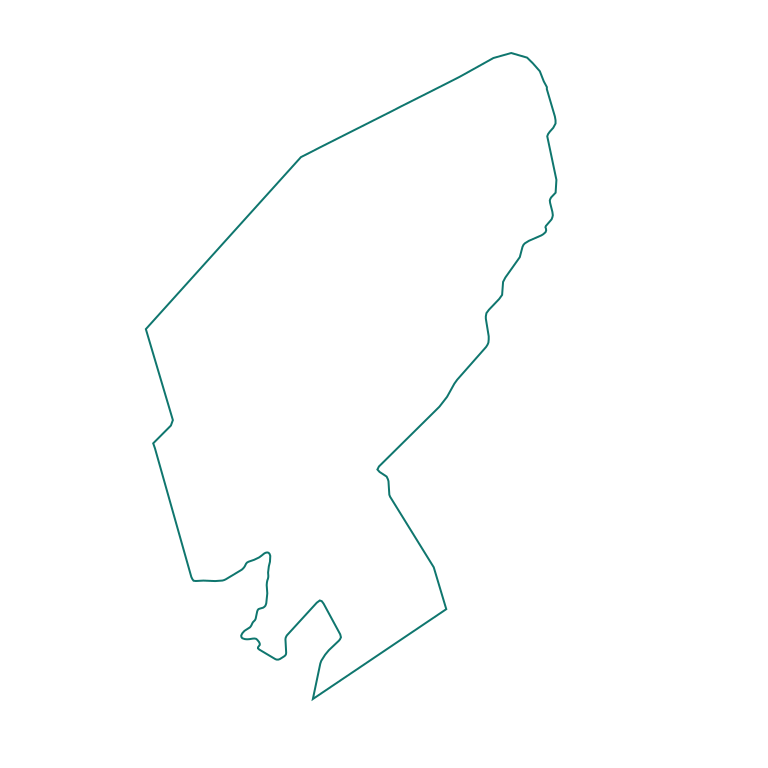 Lac, Natural Earth projection, rotated 74°
{"feature_id": "TCD-1466", "entity_name": "Lac", "entity_type": "Prefecture", "adm_level": 1, "iso_a3": "TCD", "parent_name": "Chad", "parent_adm1": "", "projection": "natural_earth1", "projection_center": [14.654, 13.759], "detail": "fine", "context": "isolated", "style": "outline", "palette": "teal", "viewbox_px": 768, "rotation_deg": 74, "n_neighbors": 0, "source": "natural_earth", "source_scale": "10m", "svg_char_len": 2409}
<svg xmlns="http://www.w3.org/2000/svg" viewBox="0 0 768 768"><g transform="rotate(74 384 384)"><path d="M265.6,597.8L204.3,499.6L143.0,401.3L141.1,391.3L139.1,381.3L137.2,371.3L135.3,361.3L133.4,351.3L131.5,341.3L129.6,331.2L127.7,321.3L125.8,311.2L123.9,301.2L121.9,291.3L120.0,281.2L118.1,271.2L116.2,261.2L114.3,251.2L112.4,241.2L109.6,226.8L105.9,210.8L100.8,189.0L100.9,170.5L109.7,156.5L116.6,152.6L126.3,148.0L137.1,147.0L143.5,145.6L145.4,146.2L173.9,146.0L177.7,146.4L180.9,147.3L184.4,150.7L187.1,155.0L189.0,157.4L190.9,158.8L235.3,162.0L247.4,166.3L250.7,171.9L251.8,173.0L253.2,174.0L255.6,174.4L265.0,174.7L268.3,175.2L270.0,176.1L271.9,177.5L276.7,184.8L277.8,185.6L279.4,185.5L281.1,185.8L282.6,186.9L283.9,189.6L284.5,191.7L286.3,205.2L287.6,209.8L288.6,211.5L290.4,213.1L299.5,218.5L315.1,238.0L318.7,241.4L330.9,245.9L334.0,249.8L341.5,262.6L344.1,266.0L347.1,267.5L349.3,268.1L367.0,270.2L370.1,271.1L372.9,272.2L374.6,273.5L376.5,275.6L400.0,312.4L403.1,316.3L413.7,326.9L421.1,337.0L461.9,411.6L464.4,413.9L467.3,412.5L473.7,407.0L476.7,406.5L478.7,406.5L491.9,409.4L494.1,409.2L573.9,386.7L617.6,386.2L667.2,539.2L635.2,522.3L632.8,520.6L628.0,515.2L624.7,510.4L618.3,498.1L617.3,496.7L615.6,495.2L612.6,495.1L578.5,502.6L575.6,503.7L574.4,505.4L575.7,508.9L598.9,546.7L599.8,547.6L600.9,548.5L602.2,549.1L615.3,552.1L616.7,552.7L617.7,553.7L618.3,555.1L619.7,559.9L619.8,561.5L619.4,563.0L618.6,564.2L604.9,577.1L603.4,578.0L602.4,577.7L600.5,575.3L599.2,575.0L597.7,575.2L595.5,576.1L594.7,576.5L593.7,577.2L593.0,578.5L592.6,580.2L592.1,584.1L591.6,586.2L590.8,588.2L589.3,590.3L587.9,590.8L586.5,590.6L585.4,589.7L584.4,588.7L583.6,587.4L582.8,586.1L580.9,579.8L580.0,578.6L579.0,577.6L577.9,576.7L576.9,575.7L575.4,573.1L574.3,572.1L567.7,568.6L566.6,567.8L565.8,566.7L565.7,565.3L565.7,561.8L565.2,560.4L564.5,559.2L563.5,558.4L562.3,557.6L553.1,553.9L545.0,552.2L542.4,551.2L540.5,550.2L539.3,549.3L538.0,548.6L536.6,548.1L533.3,547.4L527.6,545.0L523.4,542.6L517.9,540.7L515.9,540.8L514.4,541.5L513.7,542.8L513.6,544.5L514.0,546.1L515.2,548.9L516.3,551.9L517.2,557.3L517.5,563.2L517.9,564.9L518.7,566.1L520.9,568.1L521.8,569.2L522.6,570.5L523.3,571.9L528.1,589.8L528.4,591.6L528.4,593.5L526.9,600.6L523.2,611.8L521.5,619.2L520.6,621.3L518.7,622.0L516.4,622.4L382.7,621.9L377.4,622.2L365.2,600.3L360.5,596.9L265.6,597.8Z" fill="none" stroke="#0f766e" stroke-width="2"/></g></svg>